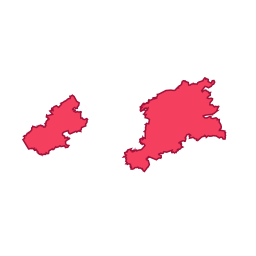 outline of Acatlán, Puebla, Mexico, rotated 62°
{"feature_id": "50627088B33588615579105", "entity_name": "Acatlán", "entity_type": "district", "adm_level": 2, "iso_a3": "MEX", "parent_name": "Mexico", "parent_adm1": "Puebla", "projection": "equal_earth", "projection_center": [-98.098, 18.124], "detail": "fine", "context": "isolated", "style": "filled", "palette": "rose", "viewbox_px": 256, "rotation_deg": 62, "n_neighbors": 0, "source": "geoboundaries", "source_scale": "gbopen_adm2", "svg_char_len": 5887}
<svg xmlns="http://www.w3.org/2000/svg" viewBox="0 0 256 256"><g transform="rotate(62 128 128)"><path d="M113.5,102.9L115.1,106.4L115.4,106.3L115.1,107.2L115.6,107.4L115.5,106.3L116.2,106.5L116.4,106.0L117.1,107.8L117.9,108.1L117.9,108.8L119.3,108.8L119.3,106.1L119.9,105.0L119.1,104.1L118.7,104.6L118.5,103.7L118.9,102.6L119.9,102.4L119.8,101.1L121.1,102.3L121.1,104.0L123.1,106.9L123.1,107.7L124.4,107.1L124.7,105.9L125.4,107.0L126.9,108.0L128.7,106.0L130.6,105.1L134.0,107.8L132.7,109.4L133.1,109.7L133.0,111.1L134.3,110.8L136.0,112.5L137.2,112.8L138.4,113.9L138.8,115.3L139.5,114.6L145.1,117.6L144.0,118.6L144.5,118.7L144.7,119.6L144.2,119.1L143.3,119.2L144.2,119.7L144.1,120.6L143.6,120.6L143.5,122.5L143.8,123.0L144.4,122.7L144.9,123.4L145.3,123.2L145.8,124.2L146.5,123.4L147.5,123.9L147.7,122.9L148.5,122.7L148.8,123.3L149.2,123.2L149.0,122.1L150.0,121.3L151.5,121.3L153.2,125.7L153.2,127.4L152.7,128.3L152.2,131.1L151.5,130.9L151.1,132.4L150.8,132.3L151.4,133.0L150.7,133.3L151.1,134.1L150.3,134.1L150.9,135.4L149.7,135.3L149.2,136.2L148.5,136.0L147.9,135.0L147.3,138.5L148.6,139.7L148.0,140.1L148.5,141.0L148.2,142.5L149.6,143.0L151.2,142.2L151.6,143.6L151.2,144.7L151.5,145.5L152.1,144.0L153.2,143.4L153.8,144.2L154.6,144.4L154.9,144.0L156.4,145.6L158.0,145.1L158.6,146.5L159.0,145.8L159.8,145.7L159.9,144.2L161.2,142.9L163.3,144.2L163.6,144.2L163.6,143.6L164.1,144.0L164.5,143.6L165.5,144.6L166.3,143.7L166.7,141.9L166.2,140.5L167.1,138.8L167.2,137.6L168.5,137.4L169.2,135.7L170.6,135.1L170.6,134.5L172.9,134.6L174.1,133.9L171.8,129.1L171.9,128.6L170.3,126.3L166.3,125.4L164.7,126.5L163.9,126.4L164.2,125.1L163.5,124.6L163.6,124.1L163.2,124.3L163.3,123.7L162.9,123.2L169.4,117.8L169.0,115.6L169.4,113.8L170.0,113.3L169.4,112.9L169.5,112.4L167.9,111.7L166.0,113.3L165.5,113.2L165.6,110.7L166.4,110.2L166.8,109.0L165.8,107.4L167.5,105.2L168.3,99.6L169.1,100.5L170.3,100.8L170.6,100.3L170.4,99.4L171.9,98.7L171.8,97.5L172.2,97.0L171.4,96.3L171.4,94.4L171.0,93.9L170.5,94.1L170.7,93.4L170.4,93.3L171.1,92.4L170.4,90.0L170.5,88.6L169.1,89.5L167.6,88.7L166.7,89.7L167.2,88.3L166.2,88.1L164.9,90.5L164.9,86.3L165.5,84.7L166.4,84.2L166.5,83.7L164.7,82.0L163.9,81.7L163.5,82.1L161.6,79.0L162.1,76.9L163.6,76.1L163.6,77.6L164.9,78.0L165.7,77.5L166.0,78.1L166.9,74.8L168.9,74.0L170.0,72.6L171.1,73.3L171.8,72.4L170.5,67.0L171.0,65.0L170.5,63.7L171.2,63.4L171.4,63.9L172.4,63.0L173.0,63.2L172.5,60.7L173.6,59.8L174.6,57.5L174.5,56.7L176.5,53.8L179.7,52.0L179.7,50.4L180.5,49.3L182.4,49.2L183.3,47.6L182.1,46.5L181.2,46.4L180.5,45.4L178.7,45.0L178.0,44.1L177.3,44.5L176.2,43.9L173.8,47.0L173.1,48.5L172.2,47.6L172.2,46.2L170.8,45.1L168.5,44.5L165.5,44.7L163.4,43.4L162.6,45.3L161.8,44.7L160.3,45.5L159.5,48.7L158.8,49.5L157.9,50.1L156.8,49.4L156.3,50.1L156.2,53.3L155.4,55.2L153.3,56.1L152.6,55.9L153.1,53.4L154.8,48.8L155.9,47.2L155.4,47.0L155.5,45.2L154.7,41.0L154.5,41.5L152.8,39.7L151.7,38.1L151.6,37.2L151.0,39.3L149.9,40.8L149.9,41.8L146.9,42.7L146.8,43.6L145.9,44.8L144.2,43.7L142.8,40.3L141.8,39.6L140.8,40.5L139.8,43.0L138.8,43.9L138.3,43.6L137.7,41.7L137.8,40.1L136.6,39.4L135.9,39.9L135.3,38.6L134.4,40.2L133.3,40.2L132.0,41.4L131.1,41.4L130.5,43.0L131.0,45.3L129.6,45.4L127.5,40.4L128.5,39.2L130.3,38.1L130.2,34.9L129.3,33.1L129.5,31.8L128.2,29.9L126.4,29.8L125.8,31.4L127.3,33.3L127.1,33.8L124.5,35.5L123.1,34.4L122.5,34.5L121.4,35.6L121.4,36.3L120.6,36.0L119.8,36.6L120.7,38.8L121.4,39.5L120.7,44.1L120.8,45.1L121.7,46.3L120.1,48.9L119.3,49.4L119.6,49.7L119.0,51.5L119.3,53.0L118.7,54.2L116.1,53.4L114.3,55.1L113.5,55.3L113.6,55.8L112.9,56.0L112.3,56.8L112.4,58.2L114.6,60.4L115.1,62.2L114.8,62.9L115.2,63.5L115.4,64.9L116.2,64.7L115.8,66.6L116.7,68.1L116.5,69.7L114.6,72.5L112.7,76.9L112.6,84.7L112.3,85.8L112.6,85.6L113.1,86.8L114.1,87.6L114.1,89.2L113.6,90.5L114.9,89.5L114.5,91.6L113.8,92.2L114.2,93.5L113.9,95.5L112.9,96.3L113.7,97.3L114.8,97.0L114.8,98.1L115.3,98.3L114.7,99.3L115.2,99.4L114.7,100.4L114.6,101.8L115.0,102.3L114.7,103.3L113.8,102.4L113.5,102.9ZM100.7,222.7L101.3,222.5L101.2,221.8L102.0,221.1L102.0,220.6L102.6,221.2L103.5,221.0L103.6,220.1L104.0,220.6L104.2,220.0L103.8,219.3L106.2,218.9L106.4,219.4L107.7,218.4L107.3,218.9L108.2,219.2L110.3,217.9L110.2,216.9L111.5,216.6L111.1,216.2L111.7,215.2L111.7,214.2L112.5,213.6L112.4,212.5L111.5,211.9L112.8,211.2L113.2,210.1L111.1,208.5L110.9,204.6L111.9,204.4L112.0,203.5L110.7,200.7L111.5,200.4L112.0,198.3L111.8,196.4L113.0,195.9L114.0,192.4L115.9,192.4L116.7,190.3L115.7,188.4L114.1,190.3L112.7,190.4L110.7,189.6L110.1,188.0L110.1,185.3L109.7,184.5L109.2,184.7L108.6,186.3L107.7,185.8L107.2,188.4L105.5,187.8L103.6,189.1L101.9,188.3L101.5,186.3L102.2,182.1L104.4,182.7L106.0,182.0L106.5,175.5L107.5,175.2L107.3,173.1L108.9,171.3L107.4,171.0L107.5,170.2L105.8,168.7L106.3,164.3L104.6,163.5L103.9,162.0L103.3,161.2L102.2,161.0L101.5,159.7L100.3,160.0L100.2,162.4L99.2,163.5L97.8,163.6L97.0,165.0L92.8,162.9L91.9,161.8L91.4,162.0L90.9,164.0L89.6,165.1L89.6,166.6L88.1,167.8L87.7,166.3L87.4,166.2L85.8,168.2L85.0,167.1L84.9,165.5L86.0,165.1L86.8,163.5L85.7,162.8L84.9,160.9L82.9,159.3L80.3,160.8L74.9,160.8L72.9,161.7L73.1,163.3L72.7,164.4L74.3,164.8L74.7,165.4L74.1,166.9L74.9,170.9L74.5,171.6L74.9,172.8L74.7,175.6L75.4,175.3L75.9,175.8L77.2,179.6L74.7,180.8L74.5,183.4L75.0,184.5L74.8,186.0L75.7,186.7L76.5,185.7L77.4,186.0L76.9,186.5L76.3,189.0L80.5,188.1L79.4,193.2L78.4,193.7L79.9,194.9L82.1,193.6L82.9,193.6L82.7,194.6L83.5,195.3L83.4,196.1L83.8,197.2L84.7,197.7L85.1,198.9L85.4,198.5L85.7,199.2L86.4,199.1L87.3,200.2L87.5,199.8L88.2,200.9L87.5,202.2L86.5,202.1L85.4,202.9L85.5,203.3L84.5,203.8L84.6,204.4L84.1,205.2L84.2,206.8L83.9,207.2L84.4,207.4L84.5,208.6L81.8,211.3L82.4,211.7L82.6,212.8L84.6,214.1L85.3,216.2L85.3,217.7L85.8,217.9L85.4,219.3L86.8,221.8L86.2,222.8L86.4,224.0L87.2,223.6L88.6,224.2L88.9,226.2L99.9,225.6L100.7,222.7Z" fill="#f43f5e" stroke="#9f1239" stroke-width="1.5"/></g></svg>